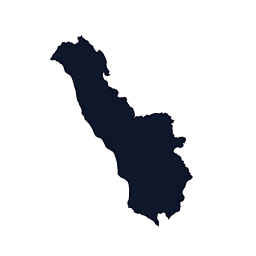 South Pentecost, Penama, Vanuatu (Albers equal-area conic projection), rotated 341°
{"feature_id": "77236927B26807877785061", "entity_name": "South Pentecost", "entity_type": "district", "adm_level": 2, "iso_a3": "VUT", "parent_name": "Vanuatu", "parent_adm1": "Penama", "projection": "albers", "projection_center": [168.224, -15.887], "detail": "fine", "context": "isolated", "style": "filled", "palette": "ink", "viewbox_px": 256, "rotation_deg": 341, "n_neighbors": 0, "source": "geoboundaries", "source_scale": "gbopen_adm2", "svg_char_len": 5937}
<svg xmlns="http://www.w3.org/2000/svg" viewBox="0 0 256 256"><g transform="rotate(341 128 128)"><path d="M77.6,37.6L77.7,38.0L78.8,38.8L81.1,39.1L82.0,39.7L82.6,41.1L84.5,42.4L85.4,44.6L86.8,45.7L87.5,48.6L87.6,50.3L87.4,53.9L88.2,55.6L90.9,58.8L91.6,60.9L91.8,62.7L91.8,66.9L91.6,69.7L91.3,71.3L91.4,72.4L91.3,75.4L89.7,84.5L89.7,85.6L90.3,87.9L90.1,90.3L90.6,92.9L90.8,96.5L89.5,99.2L89.7,100.0L90.8,102.3L90.9,103.5L90.6,105.6L92.8,110.2L93.5,111.9L94.7,117.7L94.8,121.6L95.4,124.8L95.5,124.8L96.4,126.2L98.9,128.0L99.8,129.2L100.7,131.3L101.6,138.9L102.3,140.0L106.5,145.1L107.3,147.6L107.3,152.2L107.0,156.9L105.0,165.7L103.9,168.5L105.8,172.1L108.2,174.2L109.5,175.7L110.1,177.1L110.8,178.1L111.0,180.7L110.8,182.7L110.4,183.9L109.6,187.6L109.3,188.0L107.5,192.9L106.3,195.6L105.4,196.9L104.0,198.1L103.4,200.6L103.5,201.8L103.8,202.4L103.2,203.1L105.1,203.8L105.7,204.3L106.5,206.3L107.7,208.2L107.6,208.7L107.0,209.0L107.2,209.7L107.7,210.1L108.8,210.5L109.1,211.3L109.6,210.9L109.8,211.5L110.3,211.7L111.4,211.8L112.3,212.8L112.5,213.3L113.8,214.6L115.2,215.3L116.8,217.1L117.1,217.2L117.6,217.9L118.2,219.3L119.5,220.4L120.7,222.1L122.1,223.5L123.0,225.8L123.3,227.7L124.8,229.8L125.0,229.5L125.2,228.2L125.8,227.6L126.0,226.0L125.5,223.9L125.5,222.8L126.2,220.9L127.3,219.0L128.4,217.8L128.9,217.6L129.5,217.6L130.5,218.9L131.4,219.2L132.2,218.7L132.9,218.5L135.1,219.1L135.6,219.7L136.3,221.2L136.3,222.3L136.0,222.5L136.1,224.1L136.5,224.2L137.2,225.0L136.9,226.2L137.0,226.7L137.4,226.6L137.9,225.8L139.5,224.9L139.6,224.4L140.0,223.9L140.4,223.8L141.0,224.4L141.7,224.0L142.5,224.0L143.3,223.5L144.3,223.3L145.7,222.5L146.1,222.4L146.3,222.7L147.4,222.5L147.7,222.9L149.7,222.3L149.8,221.7L150.3,221.3L150.4,220.7L150.7,220.6L151.0,219.1L151.8,218.8L151.7,218.4L151.2,217.9L151.2,217.5L151.6,216.5L152.4,216.3L152.3,214.7L153.0,214.2L153.0,213.7L153.5,214.4L153.9,214.6L155.4,214.4L156.1,213.3L156.4,213.3L156.5,213.9L156.8,213.9L157.9,212.5L158.3,211.4L158.2,210.5L157.7,209.9L157.8,208.8L157.4,208.2L158.2,205.4L159.0,204.4L160.2,203.6L160.5,203.0L161.0,202.8L161.6,202.2L162.7,201.7L162.7,200.7L163.7,200.0L164.0,199.3L164.7,198.8L164.9,198.1L165.9,197.5L166.6,197.1L167.6,197.0L168.1,196.4L168.6,196.3L168.8,196.0L169.2,196.1L169.5,196.5L170.7,196.4L171.8,195.5L172.5,195.3L172.4,194.7L172.0,194.7L171.9,193.5L171.3,193.3L170.5,191.9L170.6,191.5L171.5,191.2L170.9,190.5L170.3,190.4L170.8,189.7L170.3,189.6L170.2,188.8L170.4,188.3L171.4,187.3L171.4,186.8L170.7,185.1L169.6,184.3L169.2,183.7L168.8,183.8L168.7,183.4L168.7,183.1L169.2,182.3L169.4,181.5L169.1,181.1L169.2,180.7L168.9,180.0L168.5,179.8L168.3,178.8L169.1,177.9L169.2,177.7L167.8,176.6L167.6,176.1L167.4,176.1L167.9,174.4L167.9,173.1L167.5,171.8L165.4,169.6L164.8,168.2L163.7,167.7L163.3,167.1L162.5,164.2L161.6,163.5L163.2,163.9L164.9,162.2L166.5,161.7L167.7,161.5L168.8,161.6L169.8,162.0L170.8,162.7L170.8,163.1L172.0,163.0L172.5,163.3L172.8,163.2L173.3,162.8L174.0,162.6L174.3,161.6L173.8,161.1L174.3,160.1L175.0,159.6L176.4,159.9L176.8,159.3L177.0,158.3L176.7,158.0L176.6,157.2L177.2,156.5L177.9,156.5L178.4,156.8L178.4,156.0L176.8,155.6L176.4,155.7L176.6,154.7L175.8,154.5L175.3,154.7L174.9,154.3L173.6,153.9L173.0,154.2L172.2,154.1L171.8,154.3L170.9,154.1L170.6,153.1L169.5,153.2L168.6,152.7L168.1,151.2L168.7,150.2L168.3,148.7L167.8,147.9L168.0,146.8L168.3,146.3L168.9,144.3L168.9,143.1L169.7,141.3L170.3,140.8L170.3,140.1L169.4,139.4L169.5,138.7L169.3,138.3L169.4,137.8L170.0,137.0L171.9,137.3L172.4,136.3L173.2,136.0L173.0,135.7L172.2,135.4L171.9,134.8L171.1,134.1L171.2,133.6L170.7,132.9L171.7,131.6L170.9,130.5L169.6,129.5L169.6,127.9L168.7,127.6L168.3,126.4L165.3,126.8L165.0,126.6L164.8,125.7L164.9,125.2L164.7,124.9L162.5,125.2L161.8,124.8L160.0,124.2L159.2,123.5L156.1,123.2L155.5,123.4L154.5,123.3L153.0,123.5L152.2,124.5L151.9,124.5L151.7,123.9L151.3,123.8L150.9,123.3L151.0,122.8L150.3,122.7L150.1,122.3L149.8,122.3L146.7,123.3L145.8,123.8L144.8,122.7L144.7,121.8L144.2,121.2L141.8,121.5L140.3,120.4L139.3,120.6L138.7,120.4L138.1,120.7L137.9,121.4L137.2,121.9L136.9,121.5L136.4,121.4L135.9,121.0L135.1,121.0L134.8,120.4L134.9,119.8L135.3,119.8L136.2,119.2L136.6,119.5L137.8,118.7L138.1,117.4L138.0,116.7L138.4,116.1L138.3,115.6L138.6,114.8L138.3,112.5L138.6,111.2L136.3,108.9L135.7,106.1L135.3,105.1L135.2,104.0L134.4,102.2L134.5,101.8L135.7,100.8L135.4,98.7L134.8,98.2L132.7,98.0L131.4,97.4L130.0,97.5L129.3,96.9L128.6,95.9L127.0,94.9L127.3,94.0L128.2,93.6L128.4,93.0L129.0,92.5L129.4,91.8L129.9,91.5L130.0,91.3L129.6,90.7L129.7,89.6L129.1,88.3L128.0,87.7L127.5,86.8L126.4,86.5L125.5,85.9L125.0,85.7L125.1,85.0L124.6,84.3L123.5,83.5L122.4,82.1L122.5,80.3L122.8,79.6L122.9,77.7L122.7,77.0L121.8,76.1L121.6,75.5L120.8,75.1L120.5,74.5L120.6,73.1L120.5,72.8L119.9,72.8L119.6,73.0L119.0,72.4L119.3,71.8L120.7,70.8L120.5,70.0L120.8,69.1L121.3,68.6L121.6,67.2L122.6,66.9L123.9,67.2L124.4,68.1L124.4,68.4L123.9,69.2L124.3,70.7L125.1,71.0L125.6,71.5L127.4,71.5L126.9,70.9L126.6,69.9L127.8,68.9L127.4,68.8L127.8,67.9L127.7,65.9L126.3,64.4L127.2,63.4L127.2,61.5L127.3,61.8L127.7,60.3L128.9,58.3L128.7,57.3L129.0,56.3L128.4,50.7L127.7,48.0L126.1,45.5L125.2,45.8L124.7,46.5L123.7,46.9L122.8,46.9L121.5,44.1L121.0,43.9L120.8,43.4L121.3,42.7L121.2,42.3L120.6,40.8L121.0,40.1L121.0,39.6L120.2,38.2L119.0,36.9L118.2,35.5L118.1,34.5L118.2,33.9L117.9,32.8L116.8,32.0L115.9,32.1L115.7,31.7L115.9,31.2L115.6,30.1L113.9,28.1L113.8,26.3L113.0,26.9L110.4,26.3L110.1,27.2L110.5,29.5L109.5,31.3L108.9,31.5L107.8,31.6L105.9,32.1L105.4,32.6L105.0,32.6L104.1,32.0L103.8,31.5L102.6,30.2L102.5,29.7L101.8,29.1L100.6,29.2L100.4,29.0L100.4,28.1L100.1,27.8L97.9,27.7L97.2,28.2L96.7,28.2L95.8,27.7L95.6,26.7L94.0,26.2L93.4,26.7L92.5,27.9L91.7,28.3L90.6,28.8L89.0,28.5L87.8,29.8L87.5,30.9L85.0,32.2L84.1,33.4L81.9,34.2L80.7,35.2L79.0,37.1L77.6,37.6ZM177.7,157.1L177.6,157.8L178.0,158.2L178.2,157.9L177.7,157.1Z" fill="#0f172a" stroke="#020617" stroke-width="1.5"/></g></svg>